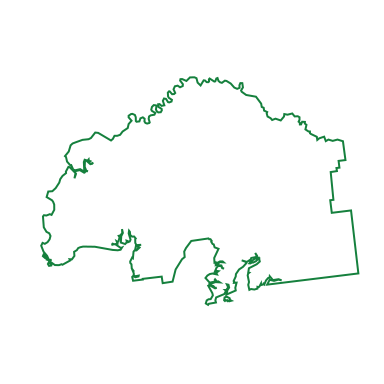 Litchfield, Northern Territory, Australia, rotated 263°
{"feature_id": "25037944B87513158470011", "entity_name": "Litchfield", "entity_type": "district", "adm_level": 2, "iso_a3": "AUS", "parent_name": "Australia", "parent_adm1": "Northern Territory", "projection": "mercator", "projection_center": [131.088, -12.502], "detail": "fine", "context": "isolated", "style": "outline", "palette": "green", "viewbox_px": 384, "rotation_deg": 263, "n_neighbors": 0, "source": "geoboundaries", "source_scale": "gbopen_adm2", "svg_char_len": 5978}
<svg xmlns="http://www.w3.org/2000/svg" viewBox="0 0 384 384"><g transform="rotate(263 192 192)"><path d="M224.0,348.0L226.3,342.8L225.6,337.9L227.4,333.8L226.2,331.0L230.8,329.9L229.8,324.9L228.4,322.7L231.6,322.6L235.1,317.1L235.9,316.3L237.7,316.4L237.8,315.1L240.3,312.2L244.7,313.8L246.2,312.3L247.8,312.6L248.3,309.9L245.8,308.5L245.9,307.3L247.8,307.4L248.8,306.4L250.5,307.5L253.1,307.8L254.3,306.2L254.5,303.1L257.7,301.1L257.1,296.2L258.1,293.1L255.7,292.5L252.2,288.8L254.6,283.8L253.7,280.3L255.7,279.0L257.7,276.2L260.8,275.7L262.2,276.4L264.0,273.5L266.9,273.4L267.9,271.6L271.3,271.4L278.8,267.1L281.7,257.6L285.5,253.5L286.8,253.1L289.6,255.3L293.9,255.2L294.2,253.3L292.2,252.1L289.6,251.9L288.9,249.4L290.5,246.7L294.9,243.7L298.0,239.8L298.5,238.2L296.7,235.0L297.5,233.2L299.1,231.8L302.0,231.2L301.7,230.0L299.0,228.6L298.9,227.6L302.5,223.3L301.8,222.5L299.6,222.4L299.0,221.5L299.3,219.9L301.1,218.5L301.4,217.2L296.7,213.5L299.9,210.9L304.4,210.3L305.5,208.5L306.0,204.0L302.9,200.0L305.3,196.0L305.4,194.3L304.0,193.8L300.1,196.1L298.3,195.7L297.4,192.9L299.3,190.7L299.0,187.9L296.2,186.2L292.3,187.4L291.4,186.1L291.5,184.2L294.6,182.1L294.7,181.4L293.5,180.1L289.8,179.9L288.3,180.5L285.9,183.3L284.3,182.7L283.7,180.4L284.1,179.2L287.6,177.5L288.2,175.6L286.0,174.2L281.4,175.1L281.2,172.3L283.2,170.5L283.2,169.1L280.5,169.1L278.2,172.0L276.7,172.0L275.0,170.7L275.1,168.2L276.7,166.7L278.4,166.3L282.0,167.3L282.4,166.8L282.9,164.6L281.3,162.6L278.7,161.6L277.5,162.0L274.9,165.2L273.3,164.1L273.1,160.3L272.2,158.6L269.9,157.9L266.2,158.5L265.7,158.0L265.4,155.8L266.2,154.2L267.8,153.4L270.5,153.9L272.1,152.3L271.4,149.8L268.5,148.4L268.5,145.5L269.3,144.9L273.1,145.3L275.4,144.7L276.8,142.4L276.8,141.0L275.4,138.4L273.8,138.2L270.1,140.7L267.2,137.4L263.3,136.0L260.5,130.5L257.5,127.6L256.9,124.7L257.2,121.9L254.3,119.9L253.0,117.9L262.1,106.1L262.8,103.2L257.9,98.3L257.0,95.8L257.1,89.7L255.4,82.2L254.7,79.4L253.1,77.2L247.2,74.6L243.1,70.3L242.1,71.2L237.4,71.7L233.3,74.5L233.4,75.4L228.8,76.8L227.8,78.6L228.3,83.8L225.3,87.6L234.9,88.3L237.1,89.4L235.9,92.2L237.0,93.4L235.2,93.4L234.8,96.0L235.0,92.4L232.4,94.4L232.3,95.8L233.3,97.5L232.2,96.4L232.0,94.5L236.3,90.7L236.3,89.6L230.1,88.6L226.2,89.6L225.2,91.2L225.7,89.7L224.3,87.3L227.4,83.3L226.8,77.8L224.2,79.1L219.9,77.0L224.9,78.7L231.3,73.8L232.0,72.4L227.6,69.3L226.1,69.3L223.8,65.5L220.8,62.8L217.5,61.4L212.5,57.2L209.8,53.5L210.0,49.4L204.7,47.1L200.8,52.1L199.1,53.0L196.3,53.7L191.1,53.1L186.4,49.8L187.3,48.2L186.4,44.6L187.0,42.2L185.9,41.1L175.0,40.6L170.2,42.7L168.4,45.3L165.6,46.2L162.4,44.9L159.8,42.5L158.5,39.6L159.7,37.5L157.1,35.8L150.8,37.4L146.3,40.4L142.3,41.6L141.7,44.3L141.3,42.3L139.8,43.1L136.2,47.0L135.6,51.0L136.2,53.7L135.6,54.6L138.9,62.8L140.2,62.3L139.8,64.6L142.9,67.5L147.0,67.7L148.3,70.6L150.2,72.2L150.8,74.3L151.1,77.3L149.5,88.9L144.2,106.1L143.2,111.2L143.4,114.1L145.4,115.7L145.1,114.6L149.3,109.7L150.0,107.0L148.6,106.5L149.9,106.4L150.4,106.9L149.6,108.6L149.8,111.8L152.3,111.2L151.4,112.3L152.0,113.0L155.9,114.6L157.4,113.9L157.7,115.6L159.8,117.8L163.7,118.0L159.8,118.4L156.8,116.4L150.5,115.2L148.5,119.3L150.1,121.2L151.7,121.1L151.1,122.3L150.0,122.5L150.5,124.2L152.2,125.2L158.6,124.1L161.2,124.8L160.0,125.5L156.9,125.4L155.0,127.1L154.9,129.1L152.7,130.5L152.2,129.9L148.3,129.5L146.5,130.2L141.6,128.5L141.2,129.7L143.5,132.8L144.8,130.6L146.0,131.0L145.8,135.1L145.5,130.9L143.2,133.1L140.8,129.8L140.9,127.7L139.9,126.7L133.5,125.3L134.2,124.6L130.6,122.2L129.1,122.1L127.6,123.1L123.5,122.9L120.0,124.8L121.0,123.6L118.4,124.3L116.7,124.0L115.3,125.3L115.5,128.9L114.7,128.6L114.3,125.5L115.7,123.2L115.0,122.3L111.1,122.7L111.1,132.5L111.8,132.5L111.7,151.6L105.1,151.8L105.4,161.8L117.1,166.3L126.5,173.9L128.3,176.8L133.8,177.0L137.1,179.2L143.5,185.3L143.9,202.7L143.0,203.3L142.9,204.6L141.0,205.6L140.3,205.0L137.9,206.1L137.3,207.2L134.3,207.7L132.4,211.4L123.8,206.0L119.1,205.7L119.4,207.1L118.4,207.9L119.7,211.4L119.4,213.9L118.3,214.9L119.1,210.8L116.4,208.1L115.5,212.2L113.1,212.8L112.0,214.4L112.7,212.7L115.0,211.9L115.4,209.0L114.0,207.2L110.0,204.9L110.7,206.7L110.2,208.6L108.8,206.2L107.1,206.8L108.6,202.4L108.4,199.7L107.2,197.1L105.0,194.9L99.9,198.5L100.3,204.2L101.0,204.7L102.0,203.9L102.5,204.3L99.9,206.0L100.1,207.2L98.9,208.6L99.7,204.4L98.4,198.0L97.7,198.2L96.0,201.8L94.0,203.2L94.0,204.8L93.6,203.8L93.6,203.1L97.4,198.0L97.0,196.7L89.0,199.9L86.8,200.1L83.4,197.5L83.5,195.3L82.6,193.4L79.7,192.1L78.0,194.2L79.0,195.1L79.4,202.3L81.7,202.0L84.4,203.1L86.8,211.7L89.8,213.7L90.7,212.9L90.6,214.1L93.0,216.3L96.1,215.3L95.5,216.9L92.6,217.2L90.2,215.2L86.0,213.7L88.9,223.4L91.6,223.3L96.6,225.2L96.7,222.5L97.9,223.0L98.6,222.5L102.8,225.1L105.2,225.6L109.4,229.3L111.5,233.5L114.7,237.2L116.0,237.0L118.1,233.0L115.9,238.0L118.0,242.1L119.3,242.8L119.7,247.8L121.0,248.3L123.8,247.3L120.8,248.8L119.0,248.3L118.7,250.4L114.7,250.8L112.4,247.4L109.4,239.2L105.2,238.0L104.9,238.9L104.2,237.8L102.5,237.1L95.7,237.6L93.0,236.5L87.9,237.0L88.5,238.8L87.6,242.0L88.1,245.1L89.9,245.4L89.4,246.5L90.0,247.4L92.7,249.3L91.2,249.2L91.5,251.3L92.3,251.8L91.4,252.5L95.1,254.6L97.3,257.0L97.6,258.6L98.9,258.9L94.7,261.6L94.9,267.3L93.4,270.2L94.5,267.0L93.8,262.6L95.4,258.4L90.9,255.3L90.9,347.2L154.3,347.6L154.3,328.2L167.0,328.2L167.0,331.4L194.9,332.1L195.1,338.4L198.2,338.3L198.2,341.3L205.0,341.3L205.0,348.2L224.0,348.0ZM80.6,210.7L79.8,211.4L80.6,212.5L79.4,214.0L80.1,214.4L79.0,215.7L79.3,217.9L80.2,216.6L82.0,216.4L83.8,213.8L83.4,211.5L80.6,210.7ZM117.7,249.9L118.2,246.4L115.8,241.9L114.5,243.9L115.5,247.0L117.7,249.9ZM137.2,43.8L139.6,41.2L138.1,40.2L136.1,41.1L136.2,43.4L137.2,43.8ZM144.5,39.0L147.8,37.6L148.1,37.1L146.5,36.2L144.4,38.1L144.5,39.0ZM114.3,241.9L115.1,241.2L114.2,240.3L114.0,241.1L114.3,241.9ZM117.3,206.7L118.0,207.4L118.5,206.8L117.3,206.7ZM142.4,40.0L143.8,39.4L142.7,39.4L142.4,40.0Z" fill="none" stroke="#15803d" stroke-width="2"/></g></svg>